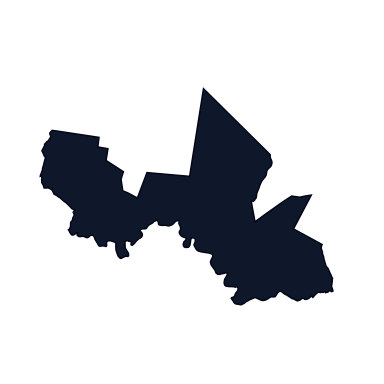 outline of Malindi, Coast, Kenya, rotated 189°
{"feature_id": "3690345B29695103199893", "entity_name": "Malindi", "entity_type": "district", "adm_level": 2, "iso_a3": "KEN", "parent_name": "Kenya", "parent_adm1": "Coast", "projection": "natural_earth1", "projection_center": [39.914, -3.232], "detail": "fine", "context": "isolated", "style": "filled", "palette": "ink", "viewbox_px": 384, "rotation_deg": 189, "n_neighbors": 0, "source": "geoboundaries", "source_scale": "gbopen_adm2", "svg_char_len": 6042}
<svg xmlns="http://www.w3.org/2000/svg" viewBox="0 0 384 384"><g transform="rotate(189 192 192)"><path d="M120.6,241.1L196.8,295.8L196.8,207.1L239.5,204.1L245.0,177.5L254.3,180.8L257.7,181.7L260.5,182.3L264.0,193.2L263.6,197.0L262.9,201.3L281.8,209.7L281.8,221.6L292.1,221.8L292.4,231.4L334.2,231.1L339.8,231.0L341.5,228.4L341.7,227.6L341.4,226.9L341.0,226.3L340.3,224.9L340.3,224.2L340.4,223.5L342.1,220.0L342.6,219.4L343.2,219.1L343.6,218.6L343.9,217.7L344.4,216.9L345.1,216.3L345.0,215.6L344.8,214.6L345.2,213.9L345.8,211.6L346.2,211.0L346.6,209.1L346.2,208.4L345.6,207.8L344.6,206.2L343.4,204.2L342.6,204.0L342.2,203.1L342.2,202.1L342.6,198.7L342.8,195.5L343.2,192.9L343.2,190.3L344.0,185.9L344.3,184.9L344.3,183.7L343.6,184.0L343.0,183.7L342.6,183.1L342.5,182.4L342.4,181.0L341.8,177.9L341.5,177.3L340.3,176.0L339.1,173.8L338.8,172.9L337.5,173.0L334.4,173.6L333.8,173.3L331.0,172.5L330.1,171.4L329.3,170.4L328.8,169.8L328.2,168.6L327.7,168.2L325.4,167.5L323.0,166.2L321.7,165.8L319.9,164.7L317.7,163.2L314.6,161.6L311.7,159.6L307.7,156.6L306.4,156.4L304.9,155.8L305.5,154.9L306.2,153.4L305.2,151.9L304.6,150.7L305.1,149.6L305.7,147.4L305.7,145.3L306.0,144.7L306.5,144.1L307.0,143.3L307.0,142.3L306.8,140.1L306.3,139.4L306.5,138.8L306.9,138.2L306.8,137.4L307.6,135.9L308.2,135.4L307.2,134.3L306.0,132.6L304.9,131.4L304.0,130.8L302.9,130.8L302.0,131.3L301.3,131.9L300.2,132.9L299.7,133.6L299.2,134.1L298.5,133.9L298.5,133.0L298.8,132.0L298.5,131.2L297.2,130.5L296.4,130.3L295.8,130.4L293.6,131.0L292.2,131.2L291.3,131.1L288.9,130.4L288.3,130.5L287.6,130.9L287.0,131.4L285.9,132.8L285.4,133.2L284.7,133.6L284.0,133.7L283.3,133.7L282.6,133.5L282.1,133.1L280.2,129.9L277.7,127.0L276.1,124.8L275.6,124.3L275.1,124.1L273.9,124.2L272.0,124.8L271.1,124.9L270.3,124.9L268.6,124.7L268.1,125.0L267.9,125.6L268.4,127.7L268.5,128.6L268.3,129.4L268.0,130.0L267.6,130.5L266.7,130.8L264.9,131.1L264.2,131.0L260.4,130.4L259.8,130.0L259.2,129.3L259.0,128.5L258.6,125.6L258.2,123.8L258.0,122.9L256.6,120.0L254.8,117.0L252.7,115.4L251.8,115.3L251.1,115.6L250.1,116.6L247.7,118.0L247.0,118.3L245.3,118.3L244.8,118.9L244.8,119.8L244.9,120.5L245.2,121.4L246.3,122.9L248.5,125.3L249.3,126.7L249.6,127.6L249.6,128.3L250.3,131.3L250.3,132.1L250.0,132.8L249.5,133.4L248.2,133.9L247.7,133.8L247.0,133.5L246.4,133.4L245.0,133.6L244.1,133.3L244.0,132.5L244.1,130.9L243.8,130.2L243.1,130.1L242.4,130.2L240.9,132.1L240.0,133.8L239.0,135.3L237.2,137.5L235.8,138.6L235.2,139.1L234.7,139.8L234.4,140.8L234.3,141.4L234.4,142.3L234.9,143.3L235.8,144.4L236.6,144.8L237.1,144.9L237.7,145.4L237.3,146.2L236.7,146.8L236.1,147.3L235.1,147.9L233.0,148.2L232.3,148.4L231.6,148.9L231.2,149.3L230.5,151.0L229.4,152.6L227.4,154.3L226.7,154.7L226.2,155.2L225.1,156.7L223.0,158.2L222.3,158.5L221.7,158.4L221.1,157.9L220.8,157.3L219.9,154.9L219.4,154.5L218.7,154.3L216.7,154.3L212.7,155.0L210.3,154.8L209.0,155.1L206.7,156.4L205.6,157.5L204.1,159.8L203.2,160.8L202.4,161.2L201.8,161.4L200.5,161.5L200.1,161.0L200.0,158.7L198.4,156.5L198.0,155.9L197.6,154.4L197.4,153.5L197.7,152.3L198.1,151.6L198.3,150.9L198.2,150.0L197.7,148.8L197.1,148.1L195.3,146.7L194.6,146.4L191.0,145.7L190.6,145.2L190.4,144.5L190.5,143.8L191.8,142.0L192.2,141.4L192.4,139.8L192.5,138.9L192.2,138.0L191.8,137.2L191.2,136.6L190.6,136.4L189.9,136.2L189.1,136.3L188.3,136.6L187.4,136.7L186.8,137.0L186.1,138.0L185.8,138.8L185.7,141.8L185.8,144.3L185.7,145.5L185.4,146.1L184.8,146.6L184.1,146.9L183.5,146.9L182.1,146.7L181.5,146.1L181.2,145.3L181.1,144.2L181.1,143.2L181.7,140.7L181.7,139.9L181.3,139.1L180.7,138.5L179.6,137.0L178.3,135.6L177.6,135.2L176.5,134.7L172.9,134.3L171.5,134.4L169.6,134.3L166.7,134.4L165.3,134.3L163.3,134.0L162.6,133.8L161.9,133.4L161.6,132.7L161.5,131.9L161.5,131.1L162.5,127.9L162.8,126.3L162.8,125.5L162.4,124.6L161.7,123.1L161.1,122.4L157.3,118.6L156.7,117.8L155.8,116.1L155.2,115.5L153.9,114.9L152.7,114.8L151.9,114.9L150.1,115.8L147.4,116.7L146.7,117.2L145.9,117.5L144.6,117.4L144.2,116.6L144.3,115.6L145.9,111.3L146.1,110.5L146.1,108.2L146.0,107.1L145.8,106.5L145.0,105.1L144.3,104.6L143.5,104.4L140.6,104.4L136.3,105.0L134.5,104.8L132.9,105.3L132.2,105.3L131.8,104.9L131.4,103.9L131.3,103.1L131.5,101.5L132.9,99.1L133.2,98.3L133.5,96.3L134.0,95.3L135.2,94.3L135.9,94.1L136.4,93.8L136.5,93.0L134.1,90.6L133.2,89.4L132.6,88.9L131.1,88.3L130.5,88.3L128.4,88.4L126.4,88.2L125.2,88.6L122.7,90.6L121.0,92.5L119.6,93.4L118.5,94.5L117.0,95.3L114.1,97.2L113.4,97.5L112.7,97.6L112.1,97.5L108.5,96.4L106.3,95.9L105.5,95.9L104.7,96.0L103.0,96.6L101.7,97.3L99.1,99.6L97.9,100.6L96.8,101.0L95.5,101.1L94.8,101.2L94.1,101.4L93.5,101.8L93.0,102.7L91.9,105.2L91.4,106.1L90.9,106.8L90.5,107.2L90.0,107.5L89.1,107.8L88.4,107.7L87.6,107.4L85.4,106.1L84.0,105.5L82.4,105.1L80.3,104.1L76.2,102.3L74.5,102.2L72.3,101.3L71.1,101.0L70.5,101.1L68.9,101.9L68.2,102.4L67.3,103.6L66.8,104.0L66.3,104.2L65.0,104.3L63.6,103.6L62.5,103.8L61.5,104.2L60.1,105.2L59.2,106.1L58.7,106.8L58.0,107.5L57.1,107.9L56.7,107.3L56.1,106.8L54.7,109.1L53.2,111.2L52.7,111.7L51.7,112.8L51.2,113.1L49.6,112.7L49.0,113.3L47.8,113.3L46.4,113.5L45.6,114.2L44.8,114.3L44.4,113.5L43.0,114.0L42.4,114.3L41.9,114.7L41.4,115.4L40.8,116.0L40.0,116.1L38.8,115.4L37.4,115.9L37.5,116.8L38.1,118.2L39.1,119.9L39.4,120.8L39.5,125.4L39.8,129.0L40.5,129.5L41.7,131.8L42.7,133.0L44.2,135.5L45.1,136.8L45.6,137.6L46.1,138.2L47.6,139.3L48.0,139.7L48.7,141.3L49.7,143.1L50.5,145.1L51.0,145.8L51.3,146.7L51.5,147.7L51.9,148.4L52.2,149.3L53.2,150.7L53.5,151.7L53.7,152.7L53.9,153.3L55.4,156.2L55.6,156.8L55.7,158.6L55.3,160.5L86.0,171.4L73.7,207.6L80.0,205.6L84.8,203.7L92.9,203.6L101.6,195.7L105.5,191.9L116.1,181.5L125.1,172.4L130.8,188.5L131.8,191.7L131.3,192.1L130.5,192.7L129.9,192.5L129.4,193.0L128.9,193.7L128.5,195.0L127.9,195.8L127.7,196.6L127.8,200.9L126.4,206.9L126.2,208.5L125.3,212.2L125.0,213.2L123.8,215.6L122.1,218.4L121.5,220.1L121.4,221.6L121.4,224.4L121.2,225.2L120.5,226.6L118.6,229.1L118.0,230.2L117.7,231.3L117.6,233.7L118.3,235.4L120.1,238.2L120.4,239.4L120.6,241.1Z" fill="#0f172a" stroke="#020617" stroke-width="1.5"/></g></svg>